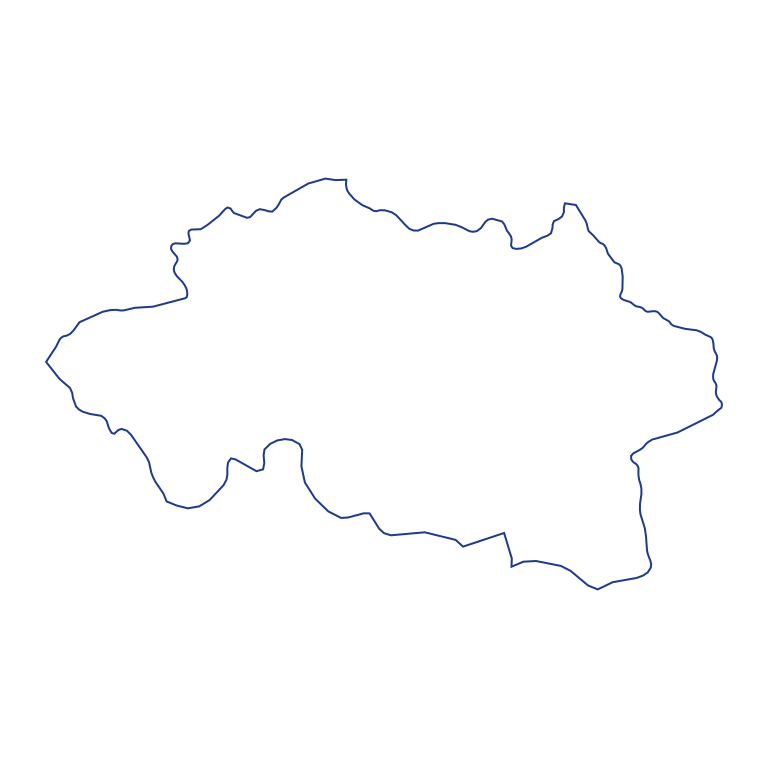 map outline of Allier (Natural Earth projection)
{"feature_id": "FRA-5264", "entity_name": "Allier", "entity_type": "Metropolitan department", "adm_level": 1, "iso_a3": "FRA", "parent_name": "France", "parent_adm1": "", "projection": "natural_earth1", "projection_center": [3.256, 46.375], "detail": "fine", "context": "isolated", "style": "outline", "palette": "blue", "viewbox_px": 768, "rotation_deg": 0, "n_neighbors": 0, "source": "natural_earth", "source_scale": "10m", "svg_char_len": 3830}
<svg xmlns="http://www.w3.org/2000/svg" viewBox="0 0 768 768"><path d="M341.0,517.9L328.3,511.4L315.1,498.6L304.9,482.5L301.4,466.3L302.2,449.9L299.5,444.1L292.0,440.0L284.9,439.1L277.3,440.4L270.2,443.9L264.5,449.4L263.6,455.3L264.3,463.0L263.1,469.3L256.5,471.2L235.5,459.4L231.0,458.4L228.0,462.6L227.3,468.1L227.4,474.1L226.5,479.6L223.6,485.1L209.7,500.0L199.2,506.4L187.7,508.3L176.3,505.4L166.6,501.4L163.4,493.5L155.5,482.0L153.0,477.1L151.3,472.7L149.0,462.1L146.6,457.2L131.0,434.8L126.9,430.7L121.5,428.9L118.2,430.1L114.4,433.7L111.8,433.0L109.5,429.4L108.3,426.3L106.7,421.1L104.6,418.3L101.2,415.8L90.2,414.0L82.7,411.7L79.1,409.6L76.0,406.5L73.0,398.1L72.2,392.9L70.0,388.0L59.4,378.8L46.1,361.9L56.2,346.5L59.1,340.5L60.8,338.0L63.4,336.3L66.5,335.7L70.0,334.0L73.6,330.4L79.5,322.2L102.6,311.8L110.3,310.1L116.4,309.8L120.2,310.5L123.8,310.4L134.8,307.8L152.9,306.7L185.3,298.2L186.8,297.0L187.3,294.7L187.2,292.4L186.9,290.2L186.2,288.2L184.8,285.4L182.6,282.2L176.8,276.1L174.6,272.7L173.7,269.4L174.3,266.1L177.2,261.1L177.6,259.3L176.9,256.7L172.3,251.4L171.0,248.6L171.3,246.0L172.8,244.1L175.2,243.3L184.1,243.8L187.8,243.3L190.0,240.4L188.5,233.8L188.8,231.1L191.1,229.6L200.8,229.2L207.5,224.9L219.0,215.8L225.1,209.1L227.5,207.5L230.6,208.5L231.9,210.6L233.9,213.0L247.0,217.8L250.1,217.1L256.0,210.8L259.7,209.2L264.4,210.0L268.5,211.3L272.3,211.6L276.4,207.9L278.6,204.6L281.3,199.6L283.6,197.6L308.3,183.5L325.4,178.6L335.5,180.1L346.3,179.7L346.0,184.4L346.3,186.8L346.8,189.0L347.4,190.7L349.1,193.5L354.6,199.6L362.2,205.1L369.6,208.3L372.6,210.3L374.3,211.0L376.4,211.2L380.1,210.2L384.8,210.3L391.6,212.2L396.2,215.2L406.4,226.1L409.5,228.9L413.5,230.5L418.1,230.6L433.6,223.8L438.6,223.1L444.9,223.1L455.5,224.8L461.5,227.1L469.5,231.2L473.1,231.8L476.9,231.1L481.0,228.0L485.5,221.7L488.1,219.6L492.1,218.7L502.1,221.5L504.3,224.3L506.9,230.6L509.2,233.6L511.1,236.7L511.7,239.7L511.3,242.8L511.1,245.8L512.6,248.1L516.4,248.9L521.4,248.4L525.8,246.9L542.0,237.7L547.2,235.8L550.9,233.4L552.4,228.4L552.7,224.5L553.9,221.2L558.6,219.0L562.0,216.5L563.9,212.2L563.9,208.4L564.4,205.3L565.1,203.3L575.9,205.0L585.5,220.6L586.7,223.7L587.9,228.9L588.7,231.2L593.7,235.8L594.7,237.1L599.2,242.1L600.7,243.1L602.7,243.8L604.5,245.4L606.1,248.1L608.0,253.8L614.4,262.3L619.1,264.3L620.5,265.8L621.6,268.4L622.7,276.7L622.4,289.3L621.9,291.3L620.3,294.7L620.1,296.5L620.9,298.3L623.9,300.0L630.2,302.0L631.1,302.6L634.6,305.4L636.2,306.3L640.3,307.1L642.1,307.9L643.4,308.9L644.6,310.2L645.9,311.2L647.6,311.8L653.4,311.2L655.4,311.3L657.2,311.8L658.9,313.2L663.1,318.0L668.8,321.2L669.6,322.0L671.1,324.1L672.4,325.1L674.1,326.0L685.0,328.8L696.7,330.3L700.5,331.7L705.2,334.6L710.3,336.9L711.2,337.5L712.2,338.8L713.0,340.9L713.5,344.6L713.7,347.9L714.3,350.3L715.1,352.1L716.1,353.8L717.0,356.0L717.2,358.2L716.9,360.6L713.2,374.1L713.1,377.4L713.5,379.9L714.3,381.3L715.3,382.7L716.0,384.1L716.5,385.9L716.3,388.2L715.9,390.9L715.9,393.1L716.3,394.9L717.0,396.6L718.1,398.3L719.4,400.2L720.7,401.4L721.4,402.3L721.8,403.4L721.9,404.9L721.7,406.4L721.3,407.8L716.8,411.3L713.0,414.8L677.5,432.5L652.3,439.5L648.8,441.6L646.3,443.6L645.3,444.7L644.2,446.2L642.6,447.9L640.0,449.8L633.4,453.3L631.1,455.8L631.3,459.5L632.9,461.7L634.3,462.9L636.4,464.2L637.5,465.7L638.5,468.0L638.4,475.0L639.1,479.8L640.4,483.7L641.4,488.6L641.4,494.2L640.0,503.8L639.9,509.7L640.5,514.4L644.8,528.2L646.0,536.3L647.0,550.2L647.7,553.6L648.9,557.1L650.3,560.4L651.2,564.1L650.7,567.8L647.8,572.3L643.2,575.5L636.8,577.9L612.7,582.2L597.7,589.4L588.1,585.5L570.5,570.8L560.8,565.9L535.9,561.0L523.3,561.7L511.5,566.7L511.8,558.5L504.1,533.0L463.0,546.6L455.6,539.9L424.8,532.3L391.0,535.3L383.9,533.1L379.2,528.7L369.6,513.4L363.8,513.3L348.0,517.5L341.0,517.9Z" fill="none" stroke="#1e3a8a" stroke-width="2"/></svg>